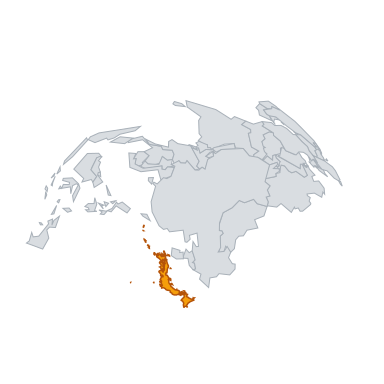 where Japan sits in Asia, rotated 110°
{"feature_id": "JPN", "entity_name": "Japan", "entity_type": "country or territory", "adm_level": 0, "iso_a3": "JPN", "parent_name": "Asia", "parent_adm1": "", "projection": "orthographic", "projection_center": [135.292, 34.888], "detail": "fine", "context": "in_parent", "style": "filled", "palette": "amber", "viewbox_px": 384, "rotation_deg": 110, "n_neighbors": 45, "source": "natural_earth", "source_scale": "50m", "svg_char_len": 18407}
<svg xmlns="http://www.w3.org/2000/svg" viewBox="0 0 384 384"><g transform="rotate(110 192 192)"><path d="M179.2,116.4L175.2,117.0L171.4,120.6L169.1,117.5L164.4,121.9L159.6,120.8L157.4,126.9L154.9,128.5L148.6,118.3L146.0,119.6L143.7,116.0L136.6,118.0L135.8,114.0L139.2,108.3L139.8,104.8L137.0,101.4L139.7,91.5L136.9,89.3L128.2,98.1L129.7,92.9L127.9,91.8L130.3,89.5L134.1,82.2L136.4,84.7L140.4,81.2L138.3,76.7L143.2,69.2L148.7,66.6L147.3,69.0L152.6,68.3L151.2,76.6L154.5,83.2L155.9,82.4L156.8,79.0L160.5,78.8L162.0,76.5L163.2,76.3L172.2,81.5L173.1,83.9L170.7,86.7L172.6,89.4L171.2,90.6L177.2,91.7L172.4,104.4L177.2,107.2L179.2,116.4Z" fill="#d9dde1" stroke="#a8b0b8" stroke-width="1"/><path d="M128.2,98.1L136.9,89.3L139.7,91.5L137.0,101.4L139.8,104.8L139.2,108.3L135.8,114.0L136.2,117.5L142.6,116.9L140.4,118.2L142.1,123.5L139.1,123.8L137.9,122.0L139.5,120.0L137.5,118.8L134.2,121.0L133.4,119.6L131.2,124.5L128.6,126.5L133.0,98.4L128.8,99.7L128.2,98.1Z" fill="#d9dde1" stroke="#a8b0b8" stroke-width="1"/><path d="M296.7,312.8L296.6,330.1L293.6,328.2L284.8,328.8L288.5,325.9L285.9,320.9L271.0,315.9L268.6,317.5L265.1,313.8L271.1,312.3L266.0,312.1L260.0,308.3L272.1,308.2L273.7,313.8L277.3,315.5L284.3,310.8L296.7,312.8ZM241.1,328.3L239.4,331.2L236.1,331.1L237.8,328.9L241.1,328.3ZM272.9,325.0L272.6,323.0L273.9,321.1L274.7,323.2L272.9,325.0ZM216.7,288.5L214.7,290.9L220.3,298.8L216.3,298.4L210.9,310.9L191.6,303.5L187.5,292.9L189.8,288.9L192.4,293.2L203.1,294.5L205.7,294.5L210.0,286.8L216.7,288.5ZM250.9,314.6L259.8,314.3L261.1,316.5L250.9,314.6ZM247.3,315.4L244.9,314.7L244.3,313.5L247.8,313.6L247.3,315.4ZM251.0,298.7L253.6,302.0L251.5,307.7L249.1,302.0L251.0,298.7ZM226.7,298.6L241.6,300.1L236.2,303.0L224.3,301.3L223.8,303.5L226.9,306.4L235.1,305.3L228.8,308.1L234.6,318.3L231.5,317.8L233.1,315.8L228.9,315.5L227.0,309.9L224.8,310.4L225.4,317.5L223.2,317.6L219.6,309.2L223.1,301.4L226.7,298.6ZM227.1,329.2L221.0,327.2L224.0,327.2L227.1,329.2ZM224.0,325.9L231.0,326.0L234.0,325.4L233.6,326.8L224.0,325.9ZM217.2,322.9L221.4,325.2L213.5,324.6L217.2,322.9ZM179.0,307.8L199.7,316.3L210.0,322.2L206.4,322.4L177.1,309.6L179.0,307.8ZM170.6,290.7L178.8,300.1L178.3,307.4L174.9,306.4L168.3,299.6L148.0,262.9L153.9,266.4L162.4,279.5L167.8,283.6L171.8,288.8L170.6,290.7Z" fill="#d9dde1" stroke="#a8b0b8" stroke-width="1"/><path d="M241.6,329.6L244.4,327.5L249.2,327.8L241.6,329.6Z" fill="#d9dde1" stroke="#a8b0b8" stroke-width="1"/><path d="M110.8,84.6L108.6,86.3L104.5,91.7L107.9,86.6L110.8,83.8L110.8,84.6Z" fill="#d9dde1" stroke="#a8b0b8" stroke-width="1"/><path d="M112.3,83.9L110.8,83.9L113.1,82.7L112.3,83.9Z" fill="#d9dde1" stroke="#a8b0b8" stroke-width="1"/><path d="M109.3,86.1L107.7,87.4L109.8,85.2L109.3,86.1Z" fill="#d9dde1" stroke="#a8b0b8" stroke-width="1"/><path d="M109.3,86.1L109.8,89.3L107.4,92.8L107.0,90.6L104.8,94.6L103.4,94.4L104.5,91.7L109.3,86.1Z" fill="#d9dde1" stroke="#a8b0b8" stroke-width="1"/><path d="M94.4,134.7L95.3,139.4L98.8,139.1L93.5,145.8L92.8,138.9L94.4,134.7Z" fill="#d9dde1" stroke="#a8b0b8" stroke-width="1"/><path d="M94.9,131.9L96.0,129.8L97.1,129.1L95.8,132.1L94.9,131.9Z" fill="#d9dde1" stroke="#a8b0b8" stroke-width="1"/><path d="M102.7,111.8L100.3,117.6L101.0,113.0L102.7,111.8Z" fill="#d9dde1" stroke="#a8b0b8" stroke-width="1"/><path d="M107.4,92.8L109.8,89.3L111.2,90.6L115.1,86.7L117.0,86.8L116.4,90.4L113.3,96.0L109.9,99.0L107.1,105.8L102.7,114.3L101.1,109.5L107.4,92.8Z" fill="#d9dde1" stroke="#a8b0b8" stroke-width="1"/><path d="M93.9,145.5L97.7,141.5L96.6,155.0L92.5,157.3L90.9,160.8L85.8,158.7L87.8,149.9L90.4,152.8L93.3,148.4L93.9,145.5ZM99.8,137.8L99.2,137.8L99.9,137.4L99.8,137.8Z" fill="#d9dde1" stroke="#a8b0b8" stroke-width="1"/><path d="M170.5,250.8L172.5,244.7L181.3,248.8L182.9,247.0L185.9,251.4L185.1,255.1L179.7,256.0L180.9,258.3L172.6,256.6L170.5,250.8Z" fill="#d9dde1" stroke="#a8b0b8" stroke-width="1"/><path d="M179.0,246.8L172.5,244.7L170.5,250.8L163.9,244.2L159.8,256.3L167.4,268.8L164.4,269.4L156.6,257.7L161.8,248.4L159.6,236.5L162.1,233.9L159.5,224.9L162.7,221.8L168.1,221.5L170.6,225.9L168.8,232.0L175.3,231.7L179.1,236.0L180.7,242.9L179.0,246.8Z" fill="#d9dde1" stroke="#a8b0b8" stroke-width="1"/><path d="M185.4,249.0L179.0,246.8L180.7,242.9L177.4,232.6L168.8,232.0L170.6,225.9L168.1,221.5L173.2,220.8L173.6,216.9L176.8,223.6L180.2,224.8L180.8,228.1L177.8,229.2L186.0,243.4L185.4,249.0Z" fill="#d9dde1" stroke="#a8b0b8" stroke-width="1"/><path d="M168.1,221.5L162.7,221.8L159.5,224.9L162.1,233.9L159.6,236.5L161.8,248.4L158.2,253.3L159.4,243.2L157.9,229.5L152.5,231.2L149.6,228.7L151.4,221.9L149.1,208.9L160.7,195.8L166.1,196.4L167.7,192.7L170.3,196.7L164.3,207.4L167.1,208.0L168.5,212.6L167.1,215.0L171.9,217.9L168.1,221.5Z" fill="#d9dde1" stroke="#a8b0b8" stroke-width="1"/><path d="M175.0,257.9L180.9,258.3L179.7,256.0L185.1,255.1L186.4,246.0L177.8,229.2L180.8,228.1L180.2,224.8L176.8,223.6L175.1,217.0L184.5,217.1L191.1,225.5L182.7,231.6L190.4,246.9L190.1,258.8L176.9,264.7L175.0,257.9Z" fill="#d9dde1" stroke="#a8b0b8" stroke-width="1"/><path d="M264.7,164.4L261.9,169.5L255.8,173.1L257.3,178.1L247.7,178.1L250.0,173.9L247.2,171.7L249.6,169.7L254.8,165.8L258.1,167.3L257.9,165.4L263.1,162.3L264.7,164.4Z" fill="#d9dde1" stroke="#a8b0b8" stroke-width="1"/><path d="M251.5,179.8L257.7,177.2L260.3,183.8L258.9,189.7L251.3,191.6L251.0,183.3L253.1,182.9L251.5,179.8Z" fill="#d9dde1" stroke="#a8b0b8" stroke-width="1"/><path d="M179.9,116.5L189.9,116.2L196.6,123.7L203.3,117.8L209.1,127.3L215.6,128.7L217.5,132.9L221.9,134.6L230.8,132.8L235.4,135.0L231.4,141.8L236.9,141.6L240.0,145.7L223.7,150.4L220.3,148.6L218.4,150.5L218.9,153.1L214.7,155.2L200.8,155.7L193.1,148.9L183.8,144.7L184.1,139.0L177.8,131.6L180.7,126.8L179.9,116.5Z" fill="#d9dde1" stroke="#a8b0b8" stroke-width="1"/><path d="M167.7,192.7L166.1,196.4L160.7,195.8L150.5,207.5L150.7,201.7L149.0,203.2L148.3,200.9L152.6,197.7L147.3,193.6L145.6,188.1L144.1,189.8L145.0,192.4L142.4,193.7L143.5,195.3L141.4,203.7L136.9,201.7L134.7,205.3L122.5,210.2L118.3,209.3L113.8,225.5L108.2,228.9L106.4,197.8L110.3,180.1L106.6,177.9L107.0,165.6L111.7,168.4L113.2,158.3L116.2,157.0L117.6,159.1L129.4,151.5L130.7,143.2L135.8,146.7L138.7,145.6L138.4,150.5L133.6,158.8L135.7,166.2L132.0,169.0L136.0,178.0L144.5,187.5L147.9,183.1L146.9,186.4L148.5,188.7L153.7,191.2L154.0,187.8L166.1,187.5L165.3,191.0L167.7,192.7Z" fill="#d9dde1" stroke="#a8b0b8" stroke-width="1"/><path d="M150.7,201.7L148.5,211.5L148.2,203.6L146.1,202.3L144.6,205.1L142.0,202.7L142.4,193.7L145.0,192.4L144.1,189.8L145.6,188.1L147.3,193.6L152.6,197.7L148.3,200.9L149.0,203.2L150.7,201.7Z" fill="#d9dde1" stroke="#a8b0b8" stroke-width="1"/><path d="M154.0,187.8L153.7,191.2L146.9,186.4L150.9,184.0L154.0,187.8Z" fill="#d9dde1" stroke="#a8b0b8" stroke-width="1"/><path d="M146.3,182.9L144.5,187.5L142.7,186.5L132.0,169.0L136.8,166.0L142.0,178.9L146.3,182.9Z" fill="#d9dde1" stroke="#a8b0b8" stroke-width="1"/><path d="M138.7,145.6L135.8,146.7L130.7,143.2L129.4,151.5L117.6,159.1L116.2,157.0L113.2,158.3L111.7,168.4L107.0,165.6L107.2,157.5L101.8,150.1L103.8,147.5L105.9,148.5L108.6,135.7L109.2,139.9L114.0,144.6L117.0,141.5L120.7,143.5L132.1,134.1L137.7,137.0L136.9,142.1L138.7,145.6Z" fill="#d9dde1" stroke="#a8b0b8" stroke-width="1"/><path d="M125.5,122.0L130.1,128.5L134.6,127.1L132.5,133.5L135.8,133.3L137.7,137.0L130.6,134.5L129.3,137.7L126.3,139.9L125.2,138.4L124.5,140.9L120.7,143.5L117.0,141.5L114.0,144.6L109.2,139.9L108.6,135.7L110.9,134.7L113.9,126.5L119.5,120.4L120.5,123.9L125.5,122.0Z" fill="#d9dde1" stroke="#a8b0b8" stroke-width="1"/><path d="M128.6,126.5L131.2,124.5L133.4,119.6L139.5,120.0L138.4,122.5L135.2,122.3L140.0,128.4L137.9,136.0L132.5,133.5L134.6,127.1L130.1,128.5L128.6,126.5Z" fill="#d9dde1" stroke="#a8b0b8" stroke-width="1"/><path d="M142.6,116.9L146.0,119.6L148.6,118.3L154.9,128.5L140.0,128.4L135.2,122.3L136.5,120.8L142.1,123.5L140.4,118.2L142.6,116.9Z" fill="#d9dde1" stroke="#a8b0b8" stroke-width="1"/><path d="M127.9,91.8L129.7,92.9L127.9,97.4L128.8,99.7L133.0,98.4L128.9,122.3L127.7,123.9L127.5,122.0L119.6,123.0L119.5,120.4L121.1,118.1L121.8,108.2L118.3,105.0L122.0,100.6L124.0,96.2L126.0,94.5L126.9,97.1L129.1,92.8L126.5,93.8L127.9,91.8Z" fill="#d9dde1" stroke="#a8b0b8" stroke-width="1"/><path d="M102.7,114.3L107.1,105.8L109.9,99.0L113.3,96.0L118.2,87.8L121.4,84.3L119.8,89.0L121.9,90.1L117.7,96.5L116.6,100.9L117.8,105.4L121.6,106.9L121.1,118.1L113.9,126.5L110.9,134.7L108.6,135.7L105.9,148.5L103.8,147.5L101.8,150.1L99.6,141.0L101.2,136.9L99.0,131.2L99.9,124.9L103.4,116.5L102.7,114.3Z" fill="#d9dde1" stroke="#a8b0b8" stroke-width="1"/><path d="M109.8,85.7L112.3,83.9L115.0,80.1L117.5,78.4L116.8,86.4L115.1,86.7L111.2,90.6L108.6,88.5L109.8,85.7Z" fill="#d9dde1" stroke="#a8b0b8" stroke-width="1"/><path d="M119.9,89.5L123.3,81.8L125.2,79.9L124.5,83.5L119.9,89.5Z" fill="#d9dde1" stroke="#a8b0b8" stroke-width="1"/><path d="M116.4,90.4L117.5,78.4L115.7,79.6L117.4,77.8L118.4,75.2L120.3,68.7L123.0,64.5L130.0,57.0L131.3,58.3L130.4,63.1L125.9,72.3L126.4,77.4L122.0,84.8L121.4,84.3L116.4,90.4ZM135.1,52.8L134.0,55.1L131.7,57.8L131.3,56.0L135.1,52.8Z" fill="#d9dde1" stroke="#a8b0b8" stroke-width="1"/><path d="M116.4,237.2L115.7,240.1L113.0,239.5L112.5,231.8L114.1,227.6L116.4,237.2Z" fill="#d9dde1" stroke="#a8b0b8" stroke-width="1"/><path d="M193.5,237.8L191.6,233.2L198.4,232.6L196.3,236.9L193.5,237.8ZM140.0,128.4L157.4,126.9L159.6,120.8L164.4,121.9L169.1,117.5L171.4,120.6L175.2,117.0L179.9,116.5L180.7,126.8L177.8,131.6L184.1,139.0L183.8,144.7L193.1,148.9L200.8,155.7L211.6,155.6L218.9,153.1L218.4,150.5L220.3,148.6L223.7,150.4L234.4,146.1L239.5,146.9L236.9,141.6L231.2,140.3L235.4,135.0L241.2,135.2L245.6,129.6L245.0,126.8L249.7,125.2L257.0,128.2L259.5,138.7L263.3,140.0L266.6,145.8L276.1,143.7L271.3,155.1L266.1,155.5L264.7,164.4L263.1,162.3L257.9,165.4L258.1,167.3L254.8,165.8L247.2,171.7L238.2,174.1L241.9,169.3L240.9,167.3L228.9,173.2L233.6,179.6L237.0,177.6L241.0,179.6L241.2,181.5L230.9,187.2L237.1,199.5L234.8,202.8L236.9,206.0L235.0,211.4L224.3,222.7L215.1,227.1L199.0,228.2L197.5,231.5L195.8,231.2L196.3,227.5L188.3,223.7L188.0,220.2L184.5,217.1L173.6,216.9L173.2,220.8L167.1,215.0L168.5,212.6L167.1,208.0L164.3,207.4L170.3,196.7L169.2,193.1L165.3,191.0L166.1,187.5L156.0,188.4L150.9,184.0L147.1,185.7L147.9,183.1L142.0,178.9L133.6,158.8L138.4,150.5L136.9,142.1L140.0,128.4Z" fill="#d9dde1" stroke="#a8b0b8" stroke-width="1"/><path d="M233.3,221.5L231.5,229.9L229.9,232.5L228.4,226.8L233.3,221.5Z" fill="#d9dde1" stroke="#a8b0b8" stroke-width="1"/><path d="M126.9,82.5L125.4,86.2L127.0,85.9L123.8,92.1L123.5,91.1L119.2,94.3L121.9,90.1L119.9,89.5L122.4,85.6L125.5,81.7L125.1,84.4L126.9,82.5ZM119.8,89.0L120.1,87.7L122.0,84.8L121.5,86.8L119.8,89.0Z" fill="#d9dde1" stroke="#a8b0b8" stroke-width="1"/><path d="M131.3,69.7L128.4,79.7L125.4,84.3L126.5,75.9L129.1,73.5L131.3,69.7Z" fill="#d9dde1" stroke="#a8b0b8" stroke-width="1"/><path d="M229.1,265.2L226.2,260.6L230.1,262.5L229.1,265.2ZM234.4,276.1L234.5,270.2L235.7,272.3L238.3,269.5L234.4,276.1ZM242.7,274.7L246.3,283.1L245.1,285.9L243.9,282.6L242.3,284.0L242.3,287.7L238.3,285.5L236.4,280.1L230.6,281.4L236.0,277.3L242.8,277.2L242.7,274.7ZM223.5,269.7L214.8,275.1L223.1,267.0L223.5,269.7ZM233.9,245.9L231.0,258.5L238.3,261.2L238.5,265.3L234.8,261.5L227.3,259.5L228.6,257.5L225.3,254.1L228.7,244.2L233.9,245.9ZM231.2,271.2L231.1,266.5L235.2,268.0L231.2,271.2ZM243.3,267.0L244.1,270.7L241.5,269.6L240.7,273.3L239.2,265.3L243.3,267.0Z" fill="#d9dde1" stroke="#a8b0b8" stroke-width="1"/><path d="M161.5,265.8L169.6,271.8L173.0,285.8L164.7,278.4L161.5,265.8ZM216.7,288.5L210.0,286.8L205.7,294.5L192.4,293.2L190.3,291.0L189.8,288.9L194.6,290.6L195.2,288.2L200.5,288.3L204.6,285.0L208.3,286.4L213.1,279.3L221.2,285.5L216.7,288.5Z" fill="#d9dde1" stroke="#a8b0b8" stroke-width="1"/><path d="M208.8,283.0L208.3,286.4L206.0,286.8L204.6,285.0L208.8,283.0Z" fill="#d9dde1" stroke="#a8b0b8" stroke-width="1"/><path d="M87.8,149.9L85.8,158.7L84.4,159.9L80.5,151.3L82.8,142.5L85.1,137.5L84.4,146.1L86.5,145.6L87.8,149.9Z" fill="#d9dde1" stroke="#a8b0b8" stroke-width="1"/><path d="M104.2,92.1L104.1,94.9L104.8,94.6L107.0,90.6L107.4,92.8L101.1,109.5L100.9,114.8L97.6,125.6L92.8,138.9L93.9,145.5L93.3,148.4L90.4,152.8L86.5,145.6L84.4,146.1L85.1,137.5L83.9,139.7L90.4,119.6L93.8,112.2L102.3,94.6L104.2,92.1Z" fill="#d9dde1" stroke="#a8b0b8" stroke-width="1"/><path d="M116.2,77.4L114.9,77.1L116.4,74.8L116.2,77.4Z" fill="#d9dde1" stroke="#a8b0b8" stroke-width="1"/><path d="M292.3,167.8L292.9,167.6L292.8,168.7L293.0,170.0L293.1,170.4L294.1,171.5L294.7,173.2L294.8,174.4L294.7,175.6L294.1,176.1L293.8,176.8L293.7,178.1L292.7,178.4L292.3,179.1L292.3,179.8L292.7,181.4L292.7,182.7L292.6,183.1L292.0,184.1L291.7,185.8L291.8,186.4L292.6,187.6L291.9,187.8L291.5,188.4L291.4,189.3L291.2,189.6L290.4,190.1L290.0,190.6L289.8,190.6L289.7,190.4L289.8,190.2L289.7,189.2L290.4,188.2L290.1,187.9L289.7,188.0L289.5,188.5L289.2,188.9L289.2,189.2L289.5,189.4L289.3,189.8L288.7,189.3L288.1,189.4L287.7,189.8L287.6,190.9L287.4,191.4L287.0,191.7L286.7,191.4L286.8,190.5L287.1,190.3L286.6,190.0L286.2,190.1L285.3,191.4L285.1,191.9L283.2,191.7L281.8,192.0L282.5,191.5L282.4,191.3L281.7,191.3L281.5,191.1L281.5,191.5L281.3,191.5L281.2,190.6L281.3,190.4L281.1,190.4L280.7,190.6L280.3,191.7L281.3,192.5L281.2,192.9L279.7,193.4L278.5,195.6L277.9,195.9L277.2,195.6L276.2,194.1L276.2,193.1L276.8,192.6L277.1,191.9L276.9,191.8L276.0,191.9L275.1,191.4L273.7,191.6L272.9,192.2L271.4,192.5L270.5,192.9L270.1,192.8L269.1,193.1L268.4,192.7L268.1,192.8L267.9,193.1L267.6,194.5L266.4,193.7L264.9,194.0L264.4,193.7L264.0,193.9L264.0,192.9L264.3,192.4L265.3,192.4L268.0,190.4L269.3,189.0L269.9,188.7L270.9,188.6L271.2,188.9L271.9,188.7L273.0,188.8L276.4,187.9L276.6,188.0L276.5,188.5L276.8,188.7L277.8,188.8L278.5,188.4L279.0,187.9L278.7,187.1L278.9,186.6L280.7,184.4L280.8,183.7L280.7,182.8L281.0,182.2L282.4,181.7L282.4,182.0L281.2,183.1L281.5,183.4L281.6,184.1L282.2,184.4L282.5,184.3L283.0,183.6L285.2,182.7L286.0,181.7L286.7,180.4L288.0,179.5L288.3,178.0L289.0,176.7L289.3,175.4L289.6,174.8L289.6,174.0L289.4,173.2L288.7,173.0L289.1,172.7L289.3,171.8L289.1,170.9L289.2,170.4L290.0,169.7L290.1,169.2L290.0,168.6L290.1,168.4L290.8,168.5L291.0,169.5L291.7,169.3L292.2,169.5L292.4,169.1L292.4,168.4L292.3,168.2L291.3,168.7L291.2,168.3L291.5,167.4L292.3,167.8ZM298.1,157.8L298.8,157.8L299.8,158.2L300.4,158.2L300.8,158.0L301.9,156.7L301.5,158.3L301.5,158.7L301.6,159.0L302.3,160.2L302.6,160.3L303.1,159.9L303.5,159.8L303.0,160.2L302.7,160.6L302.3,160.7L301.3,161.4L300.6,161.6L299.5,161.7L299.0,162.0L298.1,163.1L297.7,163.7L297.6,164.9L297.4,165.2L295.4,164.5L293.6,163.5L292.5,163.7L291.5,164.4L290.7,163.7L290.1,163.8L289.8,164.2L289.8,164.7L290.3,165.2L290.9,165.3L292.0,166.3L291.6,166.5L290.7,166.3L289.8,167.6L289.5,167.8L289.2,167.6L289.1,167.2L289.3,166.1L289.1,165.5L288.5,164.8L288.5,163.8L288.6,163.5L289.1,163.2L289.9,162.4L290.0,162.1L289.8,161.7L289.7,161.2L290.0,161.1L290.8,161.5L291.7,161.5L292.1,161.4L292.2,161.1L292.2,159.9L292.7,158.5L292.7,157.7L292.9,156.9L292.9,156.1L292.7,155.3L292.3,154.6L292.4,153.8L293.0,153.3L295.6,156.1L298.1,157.8ZM264.4,195.0L265.2,195.4L265.9,195.1L266.2,195.3L266.2,195.6L265.7,196.4L266.8,196.5L266.6,197.0L266.9,197.3L266.8,197.5L267.0,197.8L266.0,199.3L265.3,201.3L265.3,202.0L264.9,202.9L264.1,202.8L264.0,203.0L264.1,203.4L262.9,204.2L263.2,203.4L263.0,202.3L263.3,202.1L263.2,201.8L262.9,201.8L262.6,202.3L262.5,202.8L262.8,203.3L262.6,203.6L261.5,203.2L261.3,202.8L261.8,202.6L261.9,202.1L261.5,201.5L261.6,200.4L262.2,200.0L263.0,198.6L262.6,198.4L262.8,198.2L262.7,197.8L262.3,196.9L261.9,196.6L261.5,196.8L261.6,197.7L262.1,197.7L262.1,198.3L261.8,198.3L261.3,198.0L260.4,198.6L260.6,198.1L260.2,197.6L260.2,196.9L260.6,197.5L261.1,197.7L260.9,197.1L260.0,196.3L260.1,195.9L260.8,196.0L260.7,195.6L261.8,195.1L262.3,195.0L262.7,194.3L263.4,194.0L264.1,194.3L264.4,195.0ZM274.0,193.2L274.8,193.3L274.9,194.6L275.1,194.7L274.0,195.4L273.6,196.0L273.5,196.7L272.8,196.0L271.9,195.8L270.8,196.3L270.4,197.2L270.0,197.6L269.9,198.1L269.4,198.4L268.9,198.3L269.1,197.8L268.5,197.8L268.5,197.4L268.3,197.3L268.6,196.4L268.3,196.3L268.3,196.0L267.2,196.2L269.0,195.1L269.4,194.0L269.9,193.7L270.4,194.3L270.6,194.2L271.7,194.0L271.9,193.6L271.8,193.2L272.1,193.2L272.8,192.8L273.2,192.8L274.0,193.2ZM254.7,219.0L253.4,219.6L253.5,220.0L253.2,220.3L253.2,220.6L252.7,220.8L253.0,219.6L253.7,219.1L253.6,218.8L254.2,218.9L254.7,218.2L255.0,218.5L254.7,219.0ZM285.2,180.5L284.8,180.5L285.0,180.4L285.1,180.0L284.9,179.9L284.9,179.6L285.6,178.8L285.5,179.6L285.8,179.7L285.6,180.2L285.2,180.5ZM258.7,213.6L258.4,214.1L257.8,213.6L259.5,212.8L259.5,213.1L258.7,213.6ZM261.6,199.5L261.0,200.0L260.9,199.8L261.1,199.7L261.1,198.9L261.6,198.8L261.6,199.5ZM275.7,193.1L275.4,193.4L275.1,193.3L274.9,193.0L275.4,192.4L275.9,192.2L275.6,192.7L275.7,193.1ZM262.6,206.8L262.0,206.8L261.9,206.4L262.2,206.1L262.7,206.4L262.7,206.5L262.6,206.8ZM259.9,191.7L259.6,192.5L259.3,192.3L259.5,191.4L259.9,191.2L259.9,191.7ZM263.6,206.4L263.3,206.5L263.3,206.2L264.0,204.9L263.9,205.6L263.6,206.4ZM257.2,197.7L257.7,197.8L257.8,198.2L257.2,198.3L257.1,198.1L257.2,197.7ZM259.3,193.1L259.1,193.2L259.1,192.4L259.5,192.6L259.3,193.1ZM240.5,225.9L239.8,225.8L239.8,225.7L240.1,225.4L240.6,225.7L240.5,225.9ZM271.3,186.3L270.9,186.4L270.8,186.2L271.1,185.8L271.3,186.3ZM258.4,197.6L258.2,197.2L258.6,196.6L258.8,197.1L258.4,197.6ZM241.8,225.0L241.6,225.8L241.3,225.8L241.1,225.5L241.5,225.4L241.8,225.0ZM257.2,215.4L256.9,215.4L256.9,214.8L257.1,214.8L257.2,215.4ZM291.6,154.7L291.2,154.7L291.4,154.4L291.6,154.7ZM262.2,199.3L261.9,199.3L261.8,199.1L262.2,198.9L262.4,198.9L262.2,199.3ZM287.6,165.5L287.5,165.1L287.8,165.0L287.6,165.5ZM267.7,194.1L268.0,194.3L268.4,194.3L268.2,194.5L267.7,194.4L267.7,194.1ZM290.9,153.7L290.9,154.3L290.7,153.6L290.9,153.7ZM259.7,196.3L259.3,196.5L259.6,195.9L260.0,195.8L259.7,196.3ZM245.5,224.8L244.9,224.8L245.0,224.4L245.1,224.6L245.5,224.8ZM260.7,194.5L260.3,194.5L260.5,194.1L260.7,194.5ZM274.1,192.2L273.7,192.6L273.5,192.2L273.9,192.2L274.1,192.2ZM258.3,214.2L258.0,214.2L257.9,213.8L258.1,213.9L258.3,214.2ZM288.7,191.3L288.5,191.1L288.7,191.3ZM260.3,201.4L260.0,201.9L260.1,201.6L260.3,201.4ZM268.7,193.4L268.7,193.7L268.7,193.4ZM290.1,197.1L289.9,197.0L289.9,196.9L290.2,196.9L290.1,197.1ZM298.2,218.8L298.3,219.2L298.0,218.8L298.2,218.8Z" fill="#f59e0b" stroke="#b45309" stroke-width="1.5"/></g></svg>